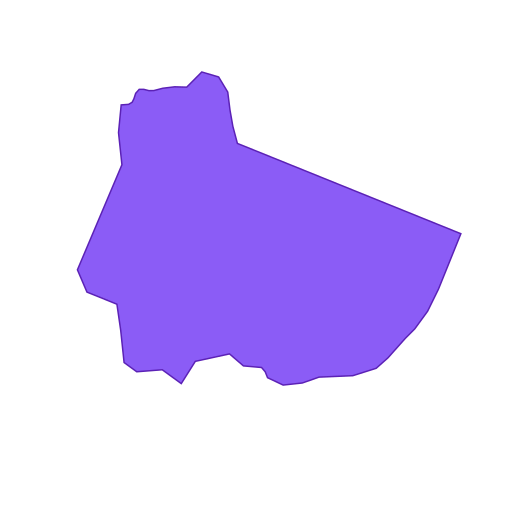 Masaka, orthographic projection, rotated 292°
{"feature_id": "UGA-3362", "entity_name": "Masaka", "entity_type": "District", "adm_level": 1, "iso_a3": "UGA", "parent_name": "Uganda", "parent_adm1": "", "projection": "orthographic", "projection_center": [31.848, -0.502], "detail": "fine", "context": "isolated", "style": "filled", "palette": "violet", "viewbox_px": 512, "rotation_deg": 292, "n_neighbors": 0, "source": "natural_earth", "source_scale": "10m", "svg_char_len": 711}
<svg xmlns="http://www.w3.org/2000/svg" viewBox="0 0 512 512"><g transform="rotate(292 256 256)"><path d="M293.6,437.6L269.0,435.8L247.9,430.5L235.6,425.3L211.0,416.5L196.9,409.5L181.3,390.6L167.3,359.8L155.6,346.5L146.5,329.5L147.5,312.3L152.1,307.9L154.7,302.9L149.4,285.5L155.3,268.1L135.6,239.2L109.7,234.5L115.4,211.7L104.0,188.8L107.8,173.6L136.4,158.4L159.2,145.1L159.2,112.8L176.3,95.6L290.4,97.5L318.9,82.3L345.6,74.4L348.9,81.1L352.2,83.6L356.1,83.9L361.8,83.5L366.8,85.3L368.5,89.6L369.2,94.8L371.1,99.3L376.6,106.7L382.4,117.2L386.6,128.5L406.3,136.8L408.0,154.3L397.4,168.4L381.6,177.2L367.5,186.0L353.4,196.6L353.4,437.6L293.6,437.6Z" fill="#8b5cf6" stroke="#5b21b6" stroke-width="1.5"/></g></svg>